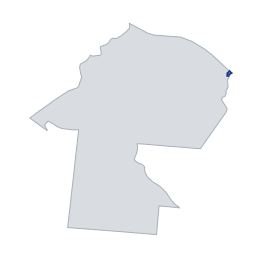 Ocós, San Marcos, Guatemala shown in context, rotated 185°
{"feature_id": "79465075B29002473426991", "entity_name": "Ocós", "entity_type": "district", "adm_level": 2, "iso_a3": "GTM", "parent_name": "Guatemala", "parent_adm1": "San Marcos", "projection": "albers", "projection_center": [-92.184, 14.559], "detail": "fine", "context": "in_parent", "style": "filled", "palette": "blue", "viewbox_px": 256, "rotation_deg": 185, "n_neighbors": 0, "source": "geoboundaries", "source_scale": "gbopen_adm2", "svg_char_len": 2469}
<svg xmlns="http://www.w3.org/2000/svg" viewBox="0 0 256 256"><g transform="rotate(185 128 128)"><path d="M29.5,191.6L30.8,190.3L31.9,187.2L33.3,184.1L32.4,180.5L31.9,177.6L33.5,173.4L33.3,170.2L34.0,168.2L36.3,167.0L37.5,164.5L31.1,156.2L31.1,154.3L31.9,151.9L37.1,143.0L43.2,132.4L50.0,120.7L54.1,113.6L68.9,113.6L78.8,113.5L91.2,113.4L104.8,113.4L113.7,113.3L117.4,113.2L116.7,108.6L117.2,103.5L118.8,98.9L118.8,96.9L116.1,94.5L110.9,93.0L108.1,90.9L108.0,88.1L106.8,84.7L104.2,80.8L99.1,76.8L91.2,72.7L84.5,67.2L79.0,60.3L74.3,55.9L70.8,54.0L69.9,53.0L80.4,53.1L90.3,53.1L90.3,43.1L90.3,34.3L90.3,24.3L108.2,24.2L129.6,24.1L151.7,23.9L169.2,23.7L179.4,23.6L179.1,36.0L178.7,50.3L178.5,60.9L178.1,74.9L177.8,89.3L177.3,109.0L177.0,121.7L177.2,122.0L183.0,121.3L191.7,121.7L193.8,121.6L196.5,122.7L198.6,123.0L203.0,125.8L208.2,127.9L211.5,123.5L209.7,120.9L208.4,119.5L208.5,118.4L226.7,129.4L224.6,131.2L220.1,135.3L211.9,142.3L204.6,148.6L197.5,154.3L191.1,159.4L190.3,159.9L182.2,163.6L180.8,165.3L179.2,172.5L178.4,174.2L179.9,178.2L181.5,184.2L181.1,187.4L175.4,191.4L172.9,195.0L171.7,197.3L170.7,196.7L168.9,196.6L164.9,197.5L162.9,197.7L161.3,198.8L161.2,201.0L162.3,204.5L162.7,206.4L161.6,207.2L156.6,209.4L154.6,211.6L152.8,214.9L150.6,216.3L148.3,216.0L146.7,216.5L143.2,219.0L138.0,223.9L135.3,227.4L135.2,230.1L135.8,232.4L116.7,224.2L110.3,222.8L83.6,223.1L72.1,219.9L59.0,213.5L50.1,207.8L29.5,191.6Z" fill="#d9dde1" stroke="#a8b0b8" stroke-width="1"/><path d="M32.4,188.4L32.4,188.5L32.3,188.8L32.2,189.0L32.2,189.3L32.2,189.5L32.1,189.8L31.9,189.8L31.8,190.0L31.7,190.3L31.6,190.5L31.4,190.6L31.2,190.6L31.0,190.8L30.9,190.9L30.7,190.9L30.6,191.0L30.4,191.6L30.4,191.8L30.3,192.0L30.2,192.0L30.0,191.9L29.9,191.9L29.9,191.7L29.7,191.6L29.4,191.6L29.4,191.8L29.5,191.8L29.8,192.1L30.1,192.3L30.3,192.4L30.4,192.5L30.5,192.6L30.8,192.8L30.9,193.0L31.0,193.0L31.3,193.3L31.4,193.5L31.5,193.5L31.8,193.7L31.9,193.8L32.0,193.7L32.2,193.4L32.3,193.4L32.4,193.2L32.5,193.1L32.6,192.9L32.7,192.7L32.8,192.5L32.9,192.4L33.0,192.3L33.0,192.2L33.3,192.1L33.5,192.0L33.6,191.9L33.8,191.7L33.8,191.4L33.9,191.2L33.7,191.0L33.6,190.9L33.7,190.7L33.8,190.5L34.0,190.3L34.0,190.2L33.9,190.0L33.8,189.9L33.7,189.9L33.7,189.7L33.8,189.5L33.8,189.4L33.8,189.2L33.7,189.0L33.7,188.9L33.7,188.7L33.8,188.6L34.0,188.4L34.2,188.2L34.3,188.2L34.1,188.3L33.8,188.5L33.5,188.5L33.4,188.5L32.6,188.4L32.4,188.4Z" fill="#3b82f6" stroke="#1e3a8a" stroke-width="1.5"/></g></svg>